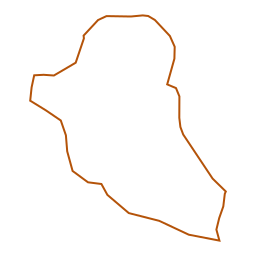 an SVG outline of María Trinidad Sánchez
{"feature_id": "DOM-1982", "entity_name": "María Trinidad Sánchez", "entity_type": "Province", "adm_level": 1, "iso_a3": "DOM", "parent_name": "Dominican Republic", "parent_adm1": "", "projection": "albers", "projection_center": [-69.986, 19.439], "detail": "fine", "context": "isolated", "style": "outline", "palette": "amber", "viewbox_px": 256, "rotation_deg": 0, "n_neighbors": 0, "source": "natural_earth", "source_scale": "10m", "svg_char_len": 595}
<svg xmlns="http://www.w3.org/2000/svg" viewBox="0 0 256 256"><path d="M83.6,35.6L98.1,20.0L106.5,16.1L130.9,16.5L142.8,15.4L148.2,16.0L154.9,20.0L169.9,36.0L174.7,46.8L174.4,58.7L167.2,84.4L176.0,88.1L179.4,96.4L179.3,117.8L180.4,127.0L183.2,134.5L212.6,178.6L225.8,191.5L224.8,193.8L223.3,206.4L219.2,218.1L216.4,229.6L219.4,240.6L188.8,234.7L159.1,220.8L128.8,213.1L107.4,194.9L101.4,184.0L88.0,182.3L72.6,171.0L67.2,151.3L65.9,135.3L60.8,120.5L45.8,110.3L30.2,100.7L31.6,87.4L34.2,75.3L43.6,74.8L53.9,75.5L75.7,62.7L83.9,38.4L83.6,35.6Z" fill="none" stroke="#b45309" stroke-width="2"/></svg>